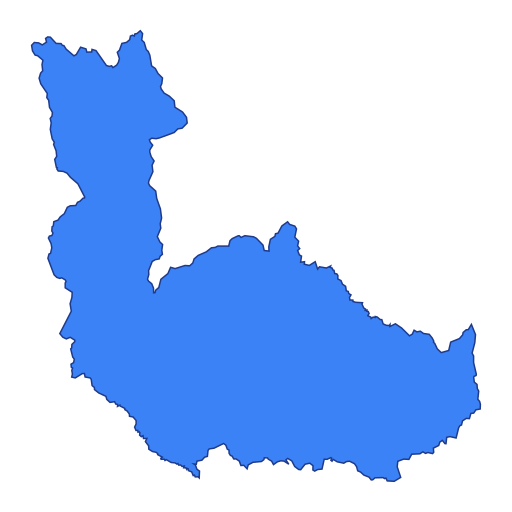 Sam Ngao, Tak, Thailand
{"feature_id": "78962969B22995817485860", "entity_name": "Sam Ngao", "entity_type": "district", "adm_level": 2, "iso_a3": "THA", "parent_name": "Thailand", "parent_adm1": "Tak", "projection": "mercator", "projection_center": [98.845, 17.483], "detail": "fine", "context": "isolated", "style": "filled", "palette": "blue", "viewbox_px": 512, "rotation_deg": 0, "n_neighbors": 0, "source": "geoboundaries", "source_scale": "gbopen_adm2", "svg_char_len": 5950}
<svg xmlns="http://www.w3.org/2000/svg" viewBox="0 0 512 512"><path d="M471.4,324.4L468.3,329.6L466.2,329.8L463.1,332.5L462.7,334.8L459.4,338.6L450.7,342.1L448.7,350.5L441.2,352.6L437.3,348.9L434.7,343.3L433.5,342.4L433.8,341.2L432.2,338.0L429.2,334.3L423.5,333.5L420.3,331.2L416.9,331.9L414.1,330.2L412.3,334.1L409.5,335.8L401.6,328.0L395.4,323.8L390.0,326.5L390.0,324.5L389.3,325.5L386.3,325.3L383.1,323.9L381.8,319.6L380.3,319.6L377.2,317.0L375.2,316.5L375.1,317.5L373.1,317.1L371.2,318.5L370.8,317.1L367.8,315.7L369.1,313.5L368.2,311.5L366.7,311.2L367.0,310.1L365.2,310.3L365.6,309.2L363.7,307.9L362.0,304.2L362.5,302.7L355.7,302.3L353.0,301.5L352.9,300.1L349.9,300.0L349.5,297.4L351.0,294.9L348.7,293.5L348.3,291.5L346.3,290.8L345.6,286.3L342.5,284.2L341.0,280.6L337.8,278.9L337.9,275.5L336.8,273.9L334.7,273.5L334.0,270.3L332.7,269.8L332.3,268.2L330.1,267.3L330.6,266.0L326.4,268.0L319.5,266.8L317.6,269.1L315.2,261.7L309.3,265.4L304.3,264.2L304.5,261.7L300.6,262.2L301.5,256.1L299.4,254.9L297.6,250.5L299.7,248.6L297.6,245.9L298.6,241.2L294.8,237.2L296.5,228.9L294.8,226.1L289.6,224.4L287.6,221.8L281.9,225.9L278.0,233.2L275.5,233.7L274.9,236.4L270.4,239.3L268.8,246.8L269.0,251.1L264.2,250.5L263.0,245.1L256.4,238.3L253.6,236.8L244.9,235.7L241.0,237.4L239.2,235.7L237.9,235.9L232.2,238.6L230.0,240.7L228.7,246.1L217.7,246.1L215.3,247.4L211.4,247.8L206.2,251.9L198.2,255.4L194.1,258.9L192.8,263.0L189.7,265.8L185.0,265.5L175.1,268.6L170.6,267.3L167.9,273.6L160.9,279.3L158.8,287.5L155.7,290.2L155.0,292.7L153.6,292.8L153.5,288.1L151.7,283.7L148.5,281.1L147.5,279.2L148.8,274.6L148.6,270.6L152.2,261.5L155.2,259.7L159.2,258.9L160.1,256.3L162.4,254.3L161.8,250.2L162.6,244.5L159.9,242.0L157.3,236.6L160.8,228.2L160.2,223.8L161.6,218.0L160.4,208.9L156.7,198.4L155.7,191.1L149.7,185.7L148.5,183.2L148.9,180.7L152.9,171.7L152.1,165.2L154.1,161.0L151.2,156.7L149.8,152.2L149.8,150.0L152.7,145.2L150.2,142.1L149.4,139.7L151.8,138.2L156.1,138.7L159.5,137.9L174.2,132.5L177.8,128.9L182.1,128.2L187.2,123.0L186.5,117.3L182.6,112.1L174.9,107.2L174.2,100.8L169.4,96.2L164.1,93.1L161.2,89.0L160.5,86.5L161.8,83.6L162.5,78.0L158.0,73.5L155.3,68.5L151.6,65.9L149.8,55.1L148.2,51.4L146.3,49.6L144.2,42.4L141.7,40.0L142.6,33.6L140.3,30.7L136.9,33.6L134.9,33.9L134.3,36.0L132.5,35.2L130.4,36.1L129.7,39.7L126.5,42.4L121.9,43.4L119.5,50.1L117.3,52.3L119.4,58.5L118.4,62.3L116.7,65.1L112.9,67.6L111.6,65.8L109.3,66.4L106.4,65.5L96.0,50.6L92.0,49.4L91.7,52.0L86.8,52.1L86.0,48.9L80.6,47.2L76.3,54.5L73.9,55.8L66.1,49.1L63.9,45.6L62.4,45.4L61.1,43.6L56.1,43.4L50.4,37.2L47.8,36.9L45.6,38.4L46.5,42.1L42.3,44.9L38.7,42.9L34.3,42.5L31.6,45.3L32.5,50.9L35.1,55.1L37.6,55.7L42.9,60.2L42.0,64.6L42.7,70.8L40.6,73.1L39.1,78.2L40.8,83.9L47.3,93.5L46.8,97.6L48.7,100.4L49.5,107.4L52.4,112.4L52.0,116.1L50.2,118.5L51.2,122.8L50.3,129.4L52.2,138.9L54.3,142.3L53.6,144.4L56.1,150.8L56.7,156.4L54.7,159.4L56.4,167.5L57.3,167.8L56.9,169.0L58.2,171.0L63.2,171.4L67.1,173.2L70.4,177.3L77.9,183.8L84.7,197.0L84.6,197.9L83.0,198.2L80.0,201.2L77.5,202.3L75.8,205.5L70.2,205.8L67.3,207.3L64.3,213.7L60.3,216.8L58.0,220.1L53.8,221.7L53.3,225.9L52.1,226.8L51.8,231.0L53.0,233.1L51.9,235.5L49.4,236.1L48.4,238.0L51.1,243.7L51.8,247.9L50.5,253.4L49.0,254.0L47.9,258.3L54.1,274.8L56.8,277.4L59.8,278.4L61.7,277.8L65.4,280.0L66.0,281.6L65.2,283.0L65.2,287.8L72.2,292.3L71.9,297.5L70.1,303.7L71.3,311.2L59.8,333.6L62.8,337.2L66.3,338.9L70.2,337.3L74.8,340.2L74.8,341.6L71.9,344.4L71.7,347.9L70.7,348.9L72.7,357.0L74.3,359.2L73.6,362.6L71.0,364.2L71.3,367.2L72.6,368.0L71.8,370.4L72.4,374.0L71.7,377.1L75.3,377.9L82.3,373.6L84.4,373.5L85.1,377.0L90.1,377.9L91.2,379.3L92.1,385.6L94.4,387.5L94.5,389.6L98.8,393.0L105.9,396.3L106.8,399.4L110.0,402.4L114.6,401.7L115.7,404.0L117.6,404.4L117.5,406.4L119.9,405.1L120.1,406.0L124.8,408.4L124.9,409.7L126.9,410.8L129.3,413.9L129.5,416.3L133.1,417.0L136.1,420.5L136.1,424.0L134.6,427.1L136.0,430.5L137.7,430.4L138.0,432.2L139.1,431.8L139.9,432.7L139.6,435.1L141.3,436.7L143.0,435.7L143.5,438.5L146.9,438.4L145.4,441.6L148.6,445.8L148.8,449.2L152.4,451.5L156.1,452.3L157.8,453.7L157.6,454.6L162.3,457.1L160.8,458.3L161.1,459.3L164.3,459.2L165.0,460.5L166.2,459.6L171.2,462.5L175.1,462.9L176.9,464.1L177.9,463.5L178.7,465.1L180.7,465.0L182.1,466.5L184.2,466.0L183.7,467.8L185.8,467.8L186.7,469.3L187.1,468.4L188.2,468.8L188.4,470.6L191.7,471.9L193.2,475.6L194.5,475.2L195.2,476.9L198.1,476.8L199.2,477.9L199.5,471.1L196.9,469.2L195.5,465.1L193.9,464.0L196.3,464.2L197.0,461.1L201.9,460.2L204.6,457.2L207.4,456.4L208.0,450.5L209.2,448.9L214.0,448.2L223.6,443.5L225.8,445.1L227.3,449.2L229.0,450.1L229.1,453.3L230.4,455.4L232.1,456.1L233.8,459.0L236.0,458.9L239.3,461.1L240.9,465.5L243.8,465.3L247.1,468.8L248.2,464.9L253.0,462.3L261.5,461.5L263.9,459.6L264.3,457.8L267.5,457.9L268.3,459.2L271.6,461.1L273.5,464.6L277.4,461.8L280.9,460.8L284.0,461.1L288.8,464.2L285.9,459.9L287.7,458.4L291.8,460.9L294.7,466.5L298.7,469.5L300.7,469.7L305.1,464.2L309.8,463.2L313.0,465.7L312.9,470.0L314.7,471.1L317.7,469.5L322.0,469.1L324.2,459.2L327.1,459.3L330.9,457.6L331.6,458.1L330.9,460.3L332.0,461.2L333.2,459.4L337.2,461.8L343.8,463.2L346.4,461.6L349.5,461.2L354.5,463.7L356.6,466.7L357.7,470.8L360.5,472.0L363.9,475.1L369.0,477.1L371.2,479.9L372.7,479.8L375.0,477.8L383.1,477.6L384.6,478.6L385.9,478.1L387.2,480.9L394.2,481.3L400.7,477.4L397.2,466.8L397.8,461.3L403.7,459.1L408.9,459.4L411.7,454.2L419.9,453.8L422.9,451.8L425.5,453.4L427.9,452.5L432.6,453.6L433.7,452.3L433.4,448.1L438.7,445.5L439.8,442.1L442.4,440.4L444.9,443.6L446.0,443.7L446.7,437.3L450.0,436.6L456.1,438.0L458.7,427.6L460.0,425.6L461.5,425.0L462.5,420.9L466.2,418.4L469.4,418.6L470.9,413.4L473.7,413.1L475.9,409.8L480.2,409.0L480.4,404.3L479.6,401.4L477.8,399.3L478.7,391.1L477.3,388.5L477.0,384.4L474.3,382.1L473.7,377.4L474.0,376.4L476.1,375.5L476.3,374.2L473.6,362.6L473.6,356.0L472.1,353.1L474.8,342.7L475.5,334.6L471.4,324.4Z" fill="#3b82f6" stroke="#1e3a8a" stroke-width="1.5"/></svg>